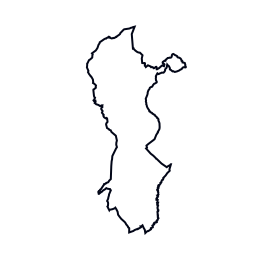 outline of Curatele, Bihor, Romania, rotated 292°
{"feature_id": "2599482B66131117127399", "entity_name": "Curatele", "entity_type": "district", "adm_level": 2, "iso_a3": "ROU", "parent_name": "Romania", "parent_adm1": "Bihor", "projection": "natural_earth1", "projection_center": [22.466, 46.727], "detail": "fine", "context": "isolated", "style": "outline", "palette": "ink", "viewbox_px": 256, "rotation_deg": 292, "n_neighbors": 0, "source": "geoboundaries", "source_scale": "gbopen_adm2", "svg_char_len": 5831}
<svg xmlns="http://www.w3.org/2000/svg" viewBox="0 0 256 256"><g transform="rotate(292 128 128)"><path d="M104.0,182.7L105.2,181.9L110.4,181.4L110.3,181.2L109.7,181.2L107.7,179.5L106.2,178.6L107.6,172.4L110.2,165.9L110.1,165.5L110.6,164.8L111.8,161.9L112.7,158.7L115.8,152.4L116.9,153.0L118.6,151.7L120.9,152.9L127.5,156.8L132.5,156.8L134.1,157.2L135.1,157.4L135.3,157.1L138.1,157.5L139.0,157.5L140.7,157.0L144.2,155.4L145.3,154.5L145.7,154.0L146.7,153.2L147.5,153.0L148.1,152.1L148.1,151.4L148.6,151.1L149.2,149.7L149.3,149.0L150.2,147.8L150.1,147.4L150.5,145.8L150.4,145.4L151.0,144.5L151.0,142.9L151.6,142.4L151.5,141.5L152.5,140.8L153.6,139.1L155.0,137.5L156.2,136.8L156.7,136.1L158.1,135.6L159.1,134.7L160.6,134.3L161.7,133.5L166.0,133.5L167.4,133.3L168.4,132.9L170.6,132.8L172.2,133.3L173.5,133.2L174.5,133.9L175.1,134.7L175.6,135.0L177.0,135.1L178.7,135.6L179.8,136.7L181.0,137.5L181.7,137.3L182.7,136.1L184.6,135.1L185.8,134.9L186.4,134.4L189.1,134.7L189.7,134.8L189.4,136.0L189.5,136.3L190.4,136.9L191.1,137.8L191.9,138.4L192.6,140.2L192.8,140.3L194.2,140.8L195.4,140.8L196.1,140.5L197.3,140.7L197.9,141.1L198.6,141.2L201.5,140.6L201.1,141.3L200.6,142.9L199.2,144.4L198.0,144.9L197.8,146.5L197.5,147.0L197.2,148.1L197.6,148.5L197.5,150.4L198.9,152.3L200.6,154.0L201.8,154.7L202.6,155.6L204.5,156.1L205.2,156.8L205.7,158.6L205.9,158.8L206.2,158.8L206.6,158.5L206.6,158.1L207.0,157.8L208.2,157.4L209.6,156.2L209.2,154.0L210.1,153.6L210.5,153.2L210.6,152.8L210.4,152.5L211.5,151.7L212.2,150.5L212.4,148.7L212.1,148.1L212.2,147.5L212.4,147.1L213.0,146.7L213.2,145.4L213.2,144.4L213.6,142.6L213.6,142.2L213.0,141.6L212.0,141.4L210.5,141.8L209.6,141.6L209.1,141.1L208.8,140.1L208.3,139.7L207.8,138.6L206.0,137.8L205.5,137.4L204.5,137.6L204.1,137.3L204.0,136.6L202.4,135.6L201.9,135.5L201.1,136.0L200.8,136.5L201.0,137.2L200.6,138.0L198.8,138.2L198.8,136.5L198.5,136.0L195.2,134.4L193.3,132.9L193.2,132.6L193.4,132.5L194.4,132.3L195.3,131.4L195.0,130.8L193.4,130.0L193.0,129.3L193.5,128.7L193.6,128.3L193.6,127.7L193.0,126.6L193.6,125.9L193.5,125.5L193.6,123.0L191.2,121.7L191.8,121.0L192.0,120.3L192.9,119.9L193.6,119.9L194.3,119.5L194.5,119.1L193.8,117.8L193.6,116.8L197.7,114.7L200.9,114.2L202.3,110.9L201.9,109.2L202.0,107.8L202.6,105.6L203.5,103.6L203.9,103.3L203.5,102.8L216.5,96.3L224.4,96.2L223.3,94.7L222.8,94.4L222.1,93.3L220.8,92.1L218.2,87.7L217.7,87.2L213.0,85.3L212.2,85.4L210.8,84.7L208.9,83.4L208.4,83.3L208.0,83.1L208.0,82.7L206.8,82.0L206.0,81.2L206.0,80.6L205.0,79.5L204.9,79.0L204.9,77.6L205.3,77.1L205.1,76.9L205.5,76.5L205.4,75.9L204.9,75.7L204.6,76.1L204.4,75.4L203.3,74.4L202.7,74.2L202.5,73.6L201.5,72.7L196.9,69.7L195.8,69.9L194.2,69.5L190.8,69.7L189.2,69.4L187.8,69.1L183.7,66.6L183.0,67.7L181.9,67.8L180.1,68.4L179.5,68.3L177.2,67.1L176.3,66.4L172.9,66.2L172.5,66.0L170.4,66.8L168.8,67.2L166.1,69.9L164.8,70.0L163.3,71.9L162.7,73.0L161.9,74.1L162.0,74.5L161.4,75.3L159.8,77.3L157.6,78.5L156.6,78.7L156.5,79.6L155.9,81.5L155.4,82.4L154.2,82.6L153.3,83.1L151.0,81.9L150.8,81.6L150.3,81.6L144.9,84.5L143.9,85.5L143.7,86.1L141.2,86.0L140.7,85.7L140.4,86.1L141.1,87.0L141.2,87.5L140.4,87.8L140.1,88.2L139.1,88.0L138.6,86.9L138.7,87.9L138.1,89.6L138.3,92.0L137.9,93.6L138.2,94.5L138.8,94.8L138.7,95.0L138.8,95.3L139.3,95.8L137.6,96.4L137.1,95.8L135.9,95.9L135.4,96.2L134.2,98.1L132.4,98.1L131.0,100.6L130.2,100.5L129.5,101.1L129.0,101.8L128.6,103.5L128.7,104.0L129.1,104.3L128.7,104.7L128.9,105.1L126.3,106.6L125.5,106.7L125.0,106.3L123.7,106.2L123.0,106.4L120.1,108.6L119.8,110.7L119.4,111.1L119.3,112.1L119.4,112.8L118.1,114.2L116.3,119.6L112.2,122.4L110.0,122.7L108.0,123.4L106.1,124.9L104.5,124.6L96.1,124.0L93.2,124.9L91.0,125.3L86.6,126.7L74.2,131.2L72.2,130.3L70.3,130.0L69.4,128.9L68.7,128.6L68.7,128.3L67.1,127.4L67.2,127.1L67.0,126.8L66.4,126.9L61.0,125.8L60.8,125.5L60.1,125.2L59.4,125.4L58.8,124.6L57.6,124.4L56.0,125.5L56.2,125.9L57.3,126.2L57.5,126.6L58.4,127.0L59.0,127.6L60.6,128.2L62.6,129.7L64.1,130.4L64.0,131.6L64.6,134.3L63.9,134.8L63.8,135.4L59.3,135.3L58.3,135.6L56.3,135.8L55.0,136.1L52.5,136.0L51.7,137.2L50.7,137.8L48.3,138.6L47.5,138.3L44.7,141.5L45.3,141.6L46.9,144.0L48.5,145.7L49.4,146.1L48.4,147.5L46.5,149.7L43.9,151.3L42.5,153.5L41.2,155.8L39.6,160.2L38.8,161.5L37.9,162.5L37.5,163.4L36.5,165.0L35.9,165.4L35.8,166.2L35.5,166.7L31.6,168.2L34.5,171.5L35.9,172.4L38.3,174.9L38.1,175.1L40.7,177.1L41.5,176.5L41.9,177.6L42.7,177.6L43.2,177.9L41.2,180.0L39.9,181.7L37.1,183.4L39.3,184.4L39.9,185.0L40.0,185.4L42.6,187.2L43.0,186.9L43.3,187.1L43.8,186.8L45.2,188.2L46.2,187.8L46.7,187.2L48.3,188.3L48.7,187.7L49.6,187.8L49.6,188.0L50.3,188.2L50.5,189.0L51.4,189.9L52.1,189.2L52.9,189.4L52.7,189.4L52.9,189.7L53.4,189.5L54.1,190.0L55.3,189.7L55.8,190.0L56.0,189.8L55.8,189.7L56.5,189.3L56.4,189.1L56.6,188.9L58.4,188.5L58.4,188.1L59.3,187.7L60.0,187.5L60.4,187.1L61.3,186.8L61.7,187.0L61.9,186.7L62.7,187.1L63.3,186.9L63.5,186.2L64.5,185.7L64.9,185.2L65.6,185.2L66.4,184.9L67.0,185.0L67.1,184.7L67.3,184.7L67.4,184.2L67.8,184.1L67.9,183.9L68.5,184.1L68.6,183.8L69.1,183.8L68.9,183.6L69.0,183.4L69.7,183.6L69.9,182.9L70.7,183.1L71.4,182.7L72.3,182.5L72.2,182.3L72.6,182.0L72.1,181.7L72.1,181.2L72.6,181.2L73.2,180.8L73.4,180.9L73.3,181.1L74.0,180.9L75.0,181.3L75.0,181.1L75.3,181.0L75.4,181.3L76.0,181.2L76.3,180.7L76.4,180.9L76.8,180.7L77.2,181.1L77.5,181.1L77.5,180.7L78.0,180.8L78.2,180.6L78.3,180.3L78.3,180.5L78.7,180.5L79.5,180.3L80.0,179.6L80.5,179.7L81.0,179.5L81.4,178.3L81.9,178.1L82.4,178.4L82.2,178.4L82.3,178.7L82.9,178.4L83.6,178.6L83.8,178.4L84.0,178.6L84.4,178.0L84.7,178.1L84.6,177.9L85.9,177.8L86.1,177.6L86.6,177.8L86.9,178.4L88.9,179.1L89.3,179.0L89.5,178.7L90.3,179.3L90.7,179.2L91.0,179.0L92.1,179.0L92.7,179.2L93.0,179.7L93.6,179.8L94.9,179.4L95.2,179.7L95.4,179.6L98.1,180.7L100.9,181.3L104.0,182.7Z" fill="none" stroke="#020617" stroke-width="2"/></g></svg>